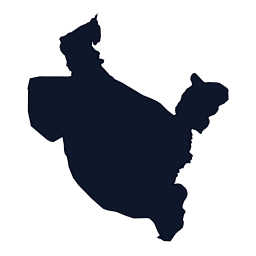 the Province of Sala ad-Din
{"feature_id": "IRQ-3052", "entity_name": "Sala ad-Din", "entity_type": "Province", "adm_level": 1, "iso_a3": "IRQ", "parent_name": "Iraq", "parent_adm1": "", "projection": "orthographic", "projection_center": [43.888, 34.578], "detail": "fine", "context": "isolated", "style": "filled", "palette": "ink", "viewbox_px": 256, "rotation_deg": 0, "n_neighbors": 0, "source": "natural_earth", "source_scale": "10m", "svg_char_len": 5579}
<svg xmlns="http://www.w3.org/2000/svg" viewBox="0 0 256 256"><path d="M195.0,73.7L203.2,82.3L204.5,82.9L206.3,83.3L207.7,82.8L216.5,83.1L219.5,83.7L226.5,88.5L227.5,89.6L227.7,90.1L227.8,90.4L227.7,90.9L227.5,92.2L227.8,99.2L224.0,102.8L221.3,104.1L219.2,105.0L218.3,105.8L217.8,106.5L217.7,107.2L217.8,107.8L217.9,108.6L217.6,109.7L216.5,111.5L215.0,113.2L213.8,114.1L212.8,114.6L210.6,115.3L208.9,116.2L208.1,116.9L207.8,117.6L207.8,118.2L207.9,118.8L208.3,119.4L208.7,120.0L208.9,121.1L208.8,122.6L207.6,125.3L206.6,126.7L205.4,127.8L204.1,128.7L202.7,129.9L201.8,131.0L201.3,132.0L200.9,133.2L200.7,133.2L200.3,133.0L197.3,130.3L196.4,129.7L195.7,129.4L194.4,129.1L192.8,128.4L192.1,128.0L191.8,128.2L190.8,129.5L190.7,130.0L190.6,130.4L190.5,131.3L191.8,134.5L191.8,135.0L191.6,135.8L190.6,136.7L190.5,136.9L190.6,137.0L190.8,137.0L191.1,137.1L191.4,137.5L191.8,138.2L191.7,138.6L191.4,138.9L190.7,139.1L190.3,139.1L190.0,139.2L189.6,139.5L189.3,140.2L189.2,140.5L189.3,140.7L189.6,140.4L189.8,140.4L190.1,140.5L190.0,140.8L189.9,141.0L189.5,141.5L189.5,141.8L190.0,142.0L190.2,141.9L190.7,141.7L191.0,141.6L191.2,141.8L191.1,142.1L191.0,142.4L190.7,143.3L190.5,143.6L190.0,144.2L190.1,144.6L190.3,145.1L190.6,146.0L190.5,146.8L190.0,148.7L189.2,150.4L188.6,151.4L188.6,151.8L188.8,152.4L189.3,153.1L190.0,153.9L190.6,154.4L191.2,154.7L192.2,155.9L191.1,156.6L191.3,158.6L191.2,159.0L190.9,159.2L190.5,159.4L189.9,159.8L189.8,160.3L189.8,162.1L189.7,162.5L189.4,162.6L189.2,162.4L188.7,161.9L188.1,162.1L187.8,162.3L187.5,162.5L187.2,162.5L186.3,162.6L185.6,162.9L185.3,163.1L183.6,165.6L183.3,166.3L183.1,167.1L182.9,167.4L182.7,167.6L182.4,167.5L182.2,167.4L182.4,166.8L182.4,166.5L182.2,166.3L181.8,166.4L181.5,166.8L181.2,167.3L180.9,167.9L180.6,168.2L180.2,168.4L179.2,168.3L178.5,168.5L178.2,168.7L178.2,168.9L178.4,169.2L178.6,169.6L178.7,171.9L178.6,172.2L178.4,172.3L177.4,172.3L176.8,172.5L176.4,172.8L176.3,173.1L176.4,173.5L177.0,174.5L177.1,174.9L177.1,175.3L176.9,175.9L176.6,176.2L174.8,177.5L174.7,177.8L175.1,178.5L175.2,178.9L174.7,180.6L174.4,181.8L173.5,183.1L173.5,183.6L173.5,184.4L173.8,184.7L174.2,184.7L174.7,184.7L175.4,184.5L177.6,184.2L179.8,184.5L181.0,185.0L184.8,188.4L185.8,189.7L186.4,191.2L186.7,193.1L186.7,194.9L186.2,196.6L183.4,201.0L181.9,205.3L181.8,206.1L181.7,207.0L182.0,207.9L182.4,208.8L182.9,209.5L184.6,211.1L184.8,211.5L184.8,211.9L183.6,213.8L183.3,214.5L182.1,219.8L183.1,222.1L182.8,224.5L182.2,227.1L179.0,230.0L177.5,231.0L175.6,232.8L174.4,234.3L170.1,240.6L164.0,240.3L161.2,238.4L158.2,237.5L160.9,235.3L160.1,234.4L158.3,231.3L155.7,224.9L154.2,222.1L152.9,220.7L150.1,218.1L147.6,217.3L133.9,217.7L126.4,215.2L116.4,211.1L107.6,209.6L103.3,208.0L92.1,198.1L79.1,184.8L73.6,177.3L69.4,166.8L68.6,161.6L67.5,156.4L65.4,153.3L64.8,150.4L64.5,144.3L63.0,135.8L53.3,141.3L50.7,140.9L47.2,138.9L31.6,125.7L28.6,111.4L28.8,89.9L28.2,88.5L30.4,79.0L39.6,77.1L68.3,77.2L71.3,76.8L72.2,76.2L72.3,75.6L72.2,75.2L71.9,74.7L71.8,74.4L72.2,73.4L72.4,72.9L72.3,72.5L72.1,71.9L72.1,71.7L72.0,71.4L71.8,70.5L71.7,70.4L71.4,70.4L71.2,70.4L70.9,70.3L70.6,70.3L70.3,70.3L70.2,70.2L70.3,69.8L70.3,69.5L70.3,69.4L70.0,69.4L69.9,69.3L69.8,69.2L69.8,68.8L69.7,68.7L69.4,68.7L69.2,68.6L69.1,68.4L69.0,67.8L68.4,66.6L68.1,65.9L67.7,65.8L67.3,65.8L67.2,65.8L67.1,65.6L67.0,65.4L67.1,64.7L67.4,63.0L67.3,62.4L67.5,61.8L67.8,61.0L67.9,60.5L67.8,60.3L67.7,60.3L67.3,60.4L67.1,60.3L67.0,60.1L66.1,57.5L66.0,56.7L65.9,56.0L65.5,55.3L65.2,54.8L63.9,53.8L63.3,53.2L61.2,50.3L61.0,49.7L61.0,48.4L60.6,47.8L60.4,47.0L60.4,46.4L60.6,45.1L60.7,44.8L61.1,44.3L61.5,43.4L61.7,42.8L61.5,42.1L60.7,40.2L60.0,39.1L60.2,38.8L60.5,38.6L60.8,38.0L61.0,37.6L61.3,37.3L61.5,37.2L61.8,37.3L62.1,37.3L62.3,37.3L62.5,37.2L62.8,37.1L63.0,37.1L63.3,37.1L65.6,36.1L66.5,35.5L68.4,33.9L69.2,33.4L69.9,33.2L71.3,33.1L81.0,26.5L86.2,24.4L87.8,23.3L89.3,22.9L90.5,22.0L91.7,19.8L92.3,19.1L93.4,18.7L94.5,18.7L95.3,18.2L95.8,16.1L96.6,15.4L96.0,18.0L95.9,18.5L95.5,19.1L95.6,19.4L95.8,19.8L96.2,20.2L96.6,20.8L97.0,21.7L97.3,22.9L97.1,23.7L96.9,24.4L97.0,24.7L97.2,25.0L97.6,25.2L97.9,25.2L98.4,25.5L98.9,26.0L99.5,27.2L99.8,28.7L100.1,36.3L100.0,37.2L99.9,37.8L99.6,39.2L99.5,40.4L99.4,40.9L99.2,41.2L99.0,41.3L98.3,41.5L96.9,42.3L95.5,44.5L94.8,44.5L94.3,44.3L93.9,43.6L93.9,43.2L93.8,42.7L93.5,42.2L93.4,41.9L93.3,41.6L93.1,41.2L92.8,41.0L91.6,40.6L91.1,42.0L91.4,43.0L91.4,43.5L91.2,44.1L91.0,45.1L91.2,46.0L91.6,46.5L91.9,46.8L92.1,47.1L92.5,47.8L94.5,50.1L95.4,50.9L97.7,51.8L98.8,52.6L99.3,53.8L99.2,54.1L98.7,54.3L98.4,54.5L98.2,55.1L98.3,55.5L98.6,55.8L98.7,56.3L98.4,57.7L98.1,58.3L97.6,58.9L101.7,59.6L103.4,60.4L103.1,62.3L102.4,62.8L101.5,63.1L100.7,63.6L100.3,64.7L100.6,65.5L101.3,66.8L102.1,67.9L102.8,68.4L108.0,74.1L109.1,75.7L111.2,76.7L112.6,77.7L113.4,78.9L115.2,80.2L121.5,83.1L142.8,95.9L148.5,98.1L155.3,101.1L160.2,104.1L167.0,110.9L173.1,115.6L174.0,115.8L175.2,115.8L177.0,113.6L177.3,113.1L177.3,112.9L176.5,112.8L176.2,112.6L176.0,112.2L176.1,111.8L176.1,111.6L175.8,110.9L175.7,110.5L176.0,109.4L176.1,108.9L176.0,107.9L176.1,107.6L176.4,107.2L177.4,106.3L177.8,105.7L178.1,105.1L178.4,104.1L179.6,102.3L180.6,101.8L180.9,101.5L181.0,101.1L181.0,100.9L181.1,100.6L181.5,100.0L181.5,99.7L181.5,99.4L181.5,99.2L181.5,98.9L181.8,98.2L182.1,97.7L182.1,97.4L182.1,97.1L182.1,96.9L182.2,96.7L182.3,95.9L183.5,94.0L185.2,92.2L187.0,89.6L187.6,89.0L188.6,88.4L189.8,87.8L192.0,86.1L192.8,84.9L192.8,83.4L191.2,79.6L191.1,78.2L191.5,76.5L192.2,75.4L192.9,74.5L193.5,74.0L194.0,73.8L195.0,73.7Z" fill="#0f172a" stroke="#020617" stroke-width="1.5"/></svg>